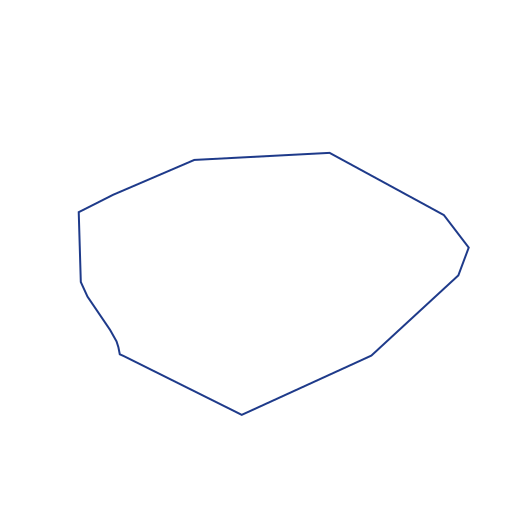 the district of Dalanzadgad, Ömnögovi, Mongolia, rotated 228°
{"feature_id": "93677404B10446794731607", "entity_name": "Dalanzadgad", "entity_type": "district", "adm_level": 2, "iso_a3": "MNG", "parent_name": "Mongolia", "parent_adm1": "Ömnögovi", "projection": "albers", "projection_center": [104.434, 43.574], "detail": "fine", "context": "isolated", "style": "outline", "palette": "blue", "viewbox_px": 512, "rotation_deg": 228, "n_neighbors": 0, "source": "geoboundaries", "source_scale": "gbopen_adm2", "svg_char_len": 377}
<svg xmlns="http://www.w3.org/2000/svg" viewBox="0 0 512 512"><g transform="rotate(228 256 256)"><path d="M283.4,379.7L309.9,347.0L368.7,274.4L397.1,190.8L407.2,153.6L353.9,108.4L338.6,103.6L298.7,98.1L285.8,95.2L280.3,92.7L274.1,89.0L270.5,90.6L147.5,139.1L104.8,275.1L106.2,393.4L119.9,419.7L160.7,423.0L283.4,379.7Z" fill="none" stroke="#1e3a8a" stroke-width="2"/></g></svg>